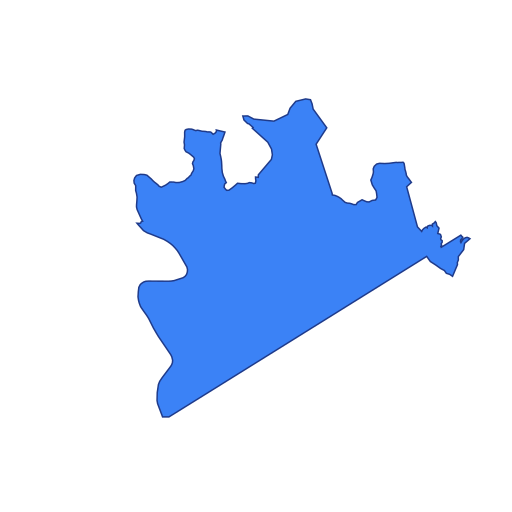 Cherbourg, Queensland, Australia (Natural Earth projection), rotated 320°
{"feature_id": "25037944B27259655099788", "entity_name": "Cherbourg", "entity_type": "district", "adm_level": 2, "iso_a3": "AUS", "parent_name": "Australia", "parent_adm1": "Queensland", "projection": "natural_earth1", "projection_center": [151.944, -26.287], "detail": "fine", "context": "isolated", "style": "filled", "palette": "blue", "viewbox_px": 512, "rotation_deg": 320, "n_neighbors": 0, "source": "geoboundaries", "source_scale": "gbopen_adm2", "svg_char_len": 4144}
<svg xmlns="http://www.w3.org/2000/svg" viewBox="0 0 512 512"><g transform="rotate(320 256 256)"><path d="M422.4,299.5L422.4,298.8L422.5,297.6L422.6,296.2L422.7,294.7L422.7,293.4L422.8,292.2L423.1,290.9L423.4,290.3L424.0,289.4L425.2,286.9L425.8,285.4L426.7,284.1L427.7,282.4L428.8,280.6L429.1,279.1L428.4,278.3L427.4,277.7L426.6,277.0L425.7,276.2L424.5,275.4L423.6,274.4L422.2,273.5L417.6,270.6L414.0,267.9L410.2,264.4L407.5,263.1L404.2,263.3L401.8,264.6L400.0,267.1L398.6,268.3L396.1,269.9L395.1,270.5L392.8,271.6L390.8,276.3L390.2,280.2L389.9,283.2L388.7,285.4L386.4,288.9L383.6,290.0L380.7,288.1L377.4,287.3L375.7,285.7L374.4,283.2L373.4,281.1L368.1,280.2L365.8,281.0L363.9,279.5L362.9,277.7L361.8,276.0L359.9,274.1L358.7,272.1L358.2,268.7L358.0,266.7L357.4,264.6L356.8,263.0L356.2,261.8L355.4,260.3L354.8,259.6L353.7,258.3L354.6,256.9L373.9,209.0L392.6,203.3L394.2,180.2L396.8,175.4L398.2,171.3L395.0,167.6L385.9,163.1L377.1,164.7L371.3,168.0L356.4,164.2L342.3,149.7L339.8,143.5L335.9,140.3L334.2,144.1L334.7,149.0L335.6,150.4L336.4,155.7L335.3,155.8L338.2,176.4L336.6,184.1L333.6,189.0L329.9,191.9L310.0,195.3L308.3,197.2L306.4,195.2L305.2,196.7L304.2,198.4L302.3,199.8L300.9,199.1L299.7,197.2L298.1,195.5L296.2,194.9L294.1,193.6L291.1,191.0L288.6,188.4L285.8,188.5L281.7,188.5L277.5,188.2L275.7,186.8L275.6,185.1L275.7,182.8L277.2,181.5L278.3,180.7L280.4,180.7L280.8,179.0L281.5,177.2L282.3,174.0L283.8,170.5L286.1,167.0L288.0,164.6L290.3,161.5L291.4,159.8L293.0,156.9L294.3,154.3L296.5,152.1L298.9,149.7L301.0,147.6L301.5,146.7L303.7,145.8L304.6,145.5L306.8,144.1L308.1,143.4L311.9,141.1L306.6,134.0L306.3,134.6L305.3,135.3L303.7,135.6L301.4,135.2L301.3,134.1L301.0,132.0L300.1,131.0L298.5,129.7L297.6,128.4L296.2,127.0L294.9,125.8L292.7,122.8L291.9,121.9L290.5,121.3L289.8,120.2L289.0,118.6L288.2,117.4L285.9,115.3L283.8,114.2L282.5,114.1L280.9,115.3L279.5,117.0L278.0,118.8L276.0,120.7L274.1,122.5L272.6,125.0L270.1,127.5L269.6,129.4L269.4,131.1L270.6,133.9L271.0,135.7L271.8,140.2L271.4,141.8L269.8,142.9L268.3,143.3L266.7,144.4L266.1,146.4L264.5,149.2L262.7,150.4L259.8,151.3L258.3,152.2L256.6,152.2L254.4,152.5L253.1,152.3L250.4,152.6L247.8,151.9L244.5,150.4L241.9,148.3L240.4,146.4L237.5,143.9L235.1,143.9L232.2,143.6L227.6,142.4L226.6,140.2L226.6,138.4L226.1,135.9L225.7,134.2L225.4,131.9L225.3,129.7L224.8,126.6L224.4,124.0L222.8,121.8L219.9,119.1L216.2,117.5L213.2,118.2L211.0,119.7L209.5,121.9L209.1,124.7L207.7,126.4L205.9,128.5L204.8,131.0L202.8,134.4L200.2,137.2L197.4,140.0L196.0,141.6L194.8,144.0L192.1,153.5L191.5,156.5L190.3,155.9L188.8,156.6L187.8,156.2L185.9,154.4L185.9,156.3L186.1,163.5L186.2,164.4L186.4,165.0L187.6,168.4L189.4,171.5L196.1,184.0L197.5,187.9L198.4,191.2L199.0,194.4L199.2,197.8L199.2,201.1L198.8,204.5L196.0,220.0L194.8,222.4L193.0,224.2L190.9,225.5L188.6,226.0L186.2,225.8L177.4,222.2L174.8,220.6L172.8,219.1L157.6,206.2L156.1,205.1L155.3,204.5L153.2,203.7L150.5,203.4L148.9,203.5L146.1,204.7L144.6,206.1L142.9,207.7L141.4,209.3L139.4,211.4L137.6,214.3L136.4,216.8L135.2,220.1L134.9,221.7L134.5,226.1L134.1,231.3L133.6,234.9L131.1,245.4L130.1,251.2L129.5,255.0L127.3,276.6L126.7,279.1L125.1,282.3L123.4,284.0L121.5,285.1L119.7,285.7L110.6,287.8L107.1,288.6L105.5,289.0L101.7,290.1L98.7,291.7L95.2,294.8L92.6,297.1L90.3,299.7L87.3,303.1L85.7,305.9L84.5,309.3L81.7,317.3L81.0,319.2L85.4,322.9L85.9,323.3L136.4,330.5L312.5,355.5L386.5,366.0L386.0,372.3L387.9,378.4L389.4,384.3L391.0,388.2L390.7,391.6L392.6,394.6L393.5,397.9L404.8,392.1L406.0,390.4L408.5,389.1L410.6,386.5L419.2,384.6L423.9,380.4L431.0,380.3L430.5,378.8L429.7,377.4L428.3,376.7L426.6,376.3L424.0,376.7L421.6,377.5L421.8,376.5L422.5,376.0L423.0,375.2L424.6,375.1L426.5,374.5L426.3,373.2L426.3,371.7L403.5,368.4L403.8,367.4L404.9,367.4L405.7,365.7L407.5,365.1L408.5,363.8L408.1,362.5L408.7,361.3L410.2,360.5L411.1,358.4L411.0,357.5L409.7,355.6L414.1,352.3L414.0,349.0L415.4,346.4L415.5,344.9L413.5,345.2L411.7,344.9L410.4,346.5L410.3,345.4L408.7,344.1L407.0,343.5L406.0,343.6L405.3,344.5L404.7,343.1L402.4,342.8L400.3,343.0L398.7,343.7L398.4,337.5L415.9,299.8L422.4,299.5Z" fill="#3b82f6" stroke="#1e3a8a" stroke-width="1.5"/></g></svg>